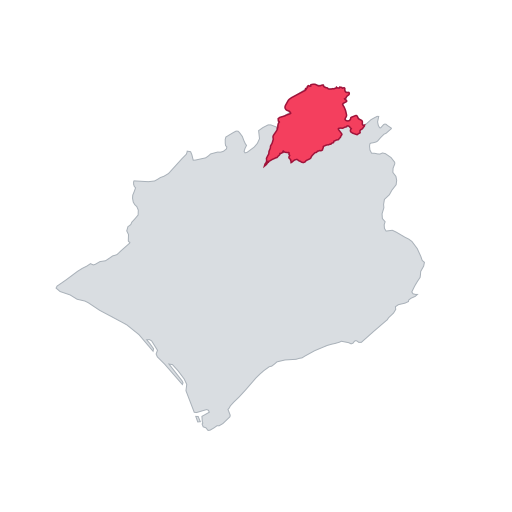 Denguélé highlighted on a map of Ivory Coast, rotated 56°
{"feature_id": "CIV-3437", "entity_name": "Denguélé", "entity_type": "Region", "adm_level": 1, "iso_a3": "CIV", "parent_name": "Ivory Coast", "parent_adm1": "", "projection": "equal_earth", "projection_center": [-7.217, 9.491], "detail": "fine", "context": "in_parent", "style": "filled", "palette": "rose", "viewbox_px": 512, "rotation_deg": 56, "n_neighbors": 0, "source": "natural_earth", "source_scale": "10m", "svg_char_len": 8590}
<svg xmlns="http://www.w3.org/2000/svg" viewBox="0 0 512 512"><g transform="rotate(56 256 256)"><path d="M151.9,104.5L153.2,104.5L156.5,103.2L159.4,100.3L162.2,94.2L166.0,89.3L170.2,89.7L171.5,88.8L172.9,88.6L174.7,91.8L176.5,94.3L177.8,94.3L178.7,99.0L186.4,100.9L189.7,102.2L192.5,105.6L193.5,105.7L194.6,104.9L195.5,103.8L195.7,102.5L194.5,99.4L195.1,96.7L196.3,94.2L198.3,94.1L201.3,93.4L204.7,93.4L207.3,93.8L208.3,91.4L207.3,84.5L207.6,80.7L208.0,77.5L208.9,76.2L212.8,80.2L216.2,81.6L218.8,81.8L219.5,81.0L218.4,76.6L218.7,75.3L219.6,74.5L221.2,74.1L225.7,72.3L226.1,72.6L227.0,79.6L226.6,81.8L227.5,86.5L228.7,90.9L228.6,92.7L227.7,95.4L226.6,97.8L226.7,98.9L228.5,100.5L231.9,102.3L235.4,102.7L237.3,100.1L239.4,98.1L240.8,96.2L241.3,93.5L243.5,91.5L249.9,89.0L255.8,88.6L257.2,89.4L259.8,93.2L263.2,95.8L268.3,95.5L272.0,97.1L275.3,100.0L277.4,106.5L279.8,111.2L280.9,117.9L284.6,121.4L287.5,123.0L291.5,127.9L295.6,130.3L299.8,129.8L301.8,132.3L305.0,134.1L308.1,134.2L310.9,128.6L314.6,126.4L323.8,122.0L327.5,119.9L331.2,118.6L340.1,118.2L348.5,119.6L352.6,120.7L355.4,119.9L358.1,122.6L360.9,128.1L363.2,129.9L365.5,131.9L367.3,136.3L369.3,140.6L370.4,142.6L372.9,146.9L375.1,147.0L377.2,145.1L378.1,143.7L378.5,146.6L377.7,151.2L377.9,154.0L379.0,155.1L378.4,158.8L376.0,165.1L376.0,168.8L378.4,170.0L380.2,173.9L381.3,180.6L382.3,182.9L382.4,184.3L384.3,200.6L386.5,217.0L385.1,219.1L383.2,219.7L382.0,220.5L381.7,222.0L382.5,224.3L382.0,226.3L379.6,227.7L374.4,232.9L374.1,235.0L372.7,239.4L371.6,242.1L369.9,247.2L367.3,260.4L366.3,271.5L366.2,274.8L365.1,277.2L364.0,280.6L358.4,290.1L355.5,297.8L355.9,301.1L356.1,304.5L355.2,306.9L355.4,313.5L356.1,318.9L357.1,324.3L361.2,339.5L363.4,348.7L364.7,356.1L365.9,361.1L367.0,363.1L367.5,365.0L373.5,366.4L374.7,367.5L376.4,377.2L376.1,381.6L374.9,383.2L375.0,386.9L374.7,391.5L373.8,393.3L370.4,393.6L368.1,395.3L365.1,394.6L364.8,393.5L363.2,393.1L358.7,390.5L359.4,382.1L357.3,381.7L355.7,382.8L352.5,392.9L351.0,394.6L328.5,389.4L323.7,385.2L317.8,384.3L307.6,384.8L299.3,386.0L296.9,388.6L318.0,387.1L320.3,387.4L321.4,388.9L294.6,392.2L284.4,394.2L281.4,393.6L279.1,390.4L268.0,390.0L265.7,391.1L264.3,393.5L268.7,393.0L275.6,392.8L277.4,394.6L255.8,397.0L240.9,401.6L234.5,404.9L213.6,416.0L200.9,421.2L197.6,423.1L191.8,428.5L184.3,431.9L175.9,438.3L170.8,439.7L169.7,437.7L169.6,426.9L168.9,412.5L169.1,407.0L169.8,401.8L169.8,397.5L172.4,395.9L173.0,394.1L173.4,388.5L175.8,383.4L175.8,374.6L176.5,372.7L177.1,370.4L176.1,364.5L174.7,353.6L174.1,352.9L173.5,353.3L172.2,353.5L166.9,349.7L162.9,349.1L160.1,345.8L159.9,342.2L158.5,340.0L157.5,335.7L156.1,330.8L152.1,327.9L148.4,327.2L145.7,327.8L142.6,327.6L139.0,326.0L136.6,324.1L134.2,320.5L132.1,317.7L130.3,318.0L128.2,317.4L126.2,316.1L125.5,315.1L134.2,303.7L137.1,298.1L137.4,294.7L137.5,291.3L138.4,287.8L138.7,282.4L133.9,262.9L132.7,256.9L131.4,255.1L130.6,254.4L133.0,251.9L136.3,252.6L141.5,254.5L142.6,252.6L146.5,242.8L146.4,239.1L146.0,236.6L148.3,229.9L150.1,227.3L151.0,224.5L150.7,220.6L149.3,219.2L147.5,219.5L145.4,218.5L142.1,216.3L140.5,214.4L141.0,205.5L141.3,202.7L142.5,201.1L144.3,200.7L149.3,200.5L153.4,201.5L157.0,202.1L159.0,202.0L160.5,204.7L162.6,207.4L164.4,207.4L165.1,205.3L164.7,196.6L163.4,191.9L160.7,187.5L153.5,183.7L153.4,178.3L154.1,172.6L155.6,170.4L160.9,166.7L160.0,164.8L158.3,162.7L155.0,160.5L155.7,153.6L155.9,147.5L153.1,148.2L150.1,148.5L147.7,146.6L145.6,142.9L145.2,132.6L145.3,120.7L144.9,115.4L145.7,112.6L148.2,110.0L150.9,106.7L151.9,104.5ZM362.2,394.8L361.0,397.1L355.3,395.6L356.7,393.7L362.2,394.8Z" fill="#d9dde1" stroke="#a8b0b8" stroke-width="1"/><path d="M145.2,121.7L144.9,121.1L145.0,120.8L145.3,120.6L145.2,120.3L145.1,119.3L145.0,119.0L144.7,118.9L144.3,118.8L144.2,118.3L144.0,117.7L144.1,117.2L145.0,116.8L145.5,116.2L145.7,115.6L145.1,115.4L144.7,114.7L145.2,113.3L146.1,111.7L146.9,110.8L149.0,109.7L150.0,109.0L150.8,107.5L151.0,106.7L151.2,105.9L151.5,105.2L152.0,104.6L152.8,105.0L153.6,105.0L154.5,104.6L155.3,104.1L156.1,103.3L156.5,102.9L157.6,102.7L158.0,102.5L158.4,102.2L158.8,101.7L159.8,100.0L160.0,99.5L160.1,98.9L160.4,98.6L160.7,98.3L161.0,97.9L161.1,97.1L161.6,95.9L161.0,94.9L161.9,94.7L162.8,93.9L163.3,93.0L162.8,92.1L163.2,91.9L163.4,91.8L163.4,91.4L164.0,90.8L164.3,90.6L164.8,90.7L165.2,90.6L165.4,90.0L165.6,89.2L165.8,88.8L166.7,88.6L168.3,89.8L169.3,90.0L169.7,89.9L170.4,89.9L170.8,89.7L171.2,89.3L172.2,87.6L172.8,87.5L173.3,87.7L173.7,88.0L174.1,88.5L174.3,89.2L174.3,89.9L174.3,90.5L174.3,91.0L174.5,91.6L175.2,93.2L175.3,93.8L175.2,94.3L175.2,94.7L175.8,94.7L176.2,94.6L177.3,94.0L178.3,94.1L178.6,95.0L178.3,97.3L178.3,98.7L178.7,99.4L179.4,99.6L182.1,99.7L185.4,100.4L189.6,102.0L190.4,102.5L191.1,103.6L191.7,104.9L192.5,105.8L193.5,105.8L194.5,105.3L195.4,104.4L195.9,103.2L195.8,101.8L195.4,101.1L194.9,100.6L194.4,100.1L194.3,99.4L195.3,94.8L195.8,94.1L196.8,93.9L199.2,94.3L200.0,94.1L202.6,92.6L203.5,92.5L204.4,92.8L206.0,94.1L207.0,94.3L207.9,93.8L208.3,93.1L208.3,92.9L208.9,93.5L209.6,95.6L209.9,96.2L210.0,97.1L210.1,97.6L209.9,98.3L209.9,98.7L210.0,99.0L210.1,99.4L210.4,99.9L210.7,100.1L212.0,100.7L212.1,101.0L211.9,102.3L211.9,103.0L212.0,104.0L212.0,104.3L211.8,104.5L211.7,104.6L208.2,107.2L206.5,107.9L206.0,108.0L205.8,108.0L205.4,107.9L205.1,107.8L204.6,107.5L204.1,106.9L203.7,105.8L202.1,106.2L201.5,106.1L200.4,106.4L199.6,106.9L199.1,107.7L199.4,108.2L199.5,108.5L199.4,109.0L199.3,109.4L198.9,110.2L198.8,110.8L198.7,111.5L198.7,111.9L198.6,112.4L198.5,112.8L197.6,113.9L197.2,114.4L196.5,115.9L196.4,116.2L196.4,116.4L196.7,116.7L196.9,116.8L197.2,116.9L202.6,116.6L202.9,116.7L203.1,116.7L203.3,116.9L203.5,117.1L203.6,117.4L204.0,118.5L204.2,118.8L204.3,119.1L204.5,119.2L204.7,119.4L204.8,119.7L204.9,120.0L205.2,121.5L205.3,121.7L205.5,122.2L205.6,122.5L205.6,122.8L205.3,123.4L205.1,123.7L204.9,124.1L204.8,124.6L204.7,125.7L204.5,126.7L204.4,127.2L204.6,127.5L205.0,127.9L205.2,128.1L205.3,128.3L205.3,128.6L205.2,129.0L205.0,129.5L204.9,129.9L204.9,130.5L205.0,130.8L205.1,131.1L205.2,131.3L205.1,131.6L204.8,131.9L204.7,132.2L204.5,132.6L204.5,133.3L204.4,133.7L203.7,134.8L203.6,135.1L203.3,136.1L202.8,138.9L203.6,139.5L203.9,139.8L204.3,140.5L204.8,141.2L205.1,141.4L205.2,141.5L205.3,141.9L205.2,142.4L205.1,143.2L204.9,143.5L204.7,143.8L204.3,144.0L204.2,144.2L204.1,144.6L204.0,145.2L203.9,145.6L203.8,145.8L203.7,146.0L203.5,146.4L203.6,146.8L203.8,147.4L203.9,147.9L203.8,148.3L203.4,149.1L203.4,149.8L203.6,150.9L204.1,153.3L204.7,154.8L204.9,155.0L205.0,155.2L205.3,155.7L205.4,155.8L205.5,156.4L205.5,157.4L205.0,160.6L205.0,161.4L205.3,162.2L205.4,162.7L205.4,163.0L205.0,164.6L203.5,165.9L202.4,166.2L202.0,166.5L201.5,167.0L201.0,167.2L199.3,167.8L198.8,168.0L198.6,168.4L198.5,168.8L198.4,169.2L198.1,169.7L198.0,170.2L198.0,170.5L198.0,171.4L198.3,174.0L198.2,174.3L198.2,174.7L197.9,174.6L197.6,174.2L197.3,174.1L197.1,174.0L196.6,174.0L196.3,173.9L196.0,173.8L195.9,173.6L195.6,173.5L195.3,173.4L194.1,173.7L193.4,173.8L193.2,173.8L192.9,173.7L192.7,173.6L192.3,173.3L192.2,173.1L191.7,172.2L191.6,171.9L191.4,171.8L191.1,171.8L190.4,171.8L190.1,171.8L189.9,171.7L189.7,171.4L189.5,171.2L189.3,171.1L188.9,170.9L188.7,171.0L188.3,171.2L188.3,171.4L188.2,171.6L187.8,172.2L187.3,172.7L186.6,173.5L186.0,174.1L184.9,174.5L184.3,174.6L184.2,174.9L184.3,175.2L184.5,175.3L184.8,175.3L185.2,175.5L185.3,175.8L185.0,176.5L185.0,177.2L184.9,177.8L184.7,178.4L184.4,178.9L185.0,179.2L185.3,179.9L185.5,180.8L185.6,181.8L185.7,182.1L186.0,183.1L186.1,183.6L186.0,184.0L185.6,184.5L185.6,185.0L185.5,186.0L185.0,188.7L184.9,190.9L184.8,192.0L184.4,193.1L185.0,193.1L185.3,193.3L185.2,193.6L184.7,193.8L185.2,194.4L185.7,195.5L186.0,196.7L186.2,198.8L184.8,197.1L184.5,196.3L184.3,195.7L184.2,195.4L184.0,195.0L183.6,194.6L182.5,193.6L182.2,193.4L181.7,193.2L181.3,193.0L180.9,192.7L180.4,191.9L179.2,189.8L178.8,188.8L178.6,188.5L178.3,188.2L177.4,187.4L176.9,187.0L176.5,186.7L174.6,183.8L173.1,182.6L172.9,182.4L172.8,182.2L171.6,179.7L171.3,179.3L168.8,176.3L167.4,175.7L166.6,175.2L166.3,174.9L166.0,174.5L165.7,174.0L163.8,169.2L162.7,167.2L162.2,167.1L162.3,167.0L161.7,166.1L160.0,164.8L159.0,163.8L158.5,163.2L158.0,161.7L157.6,161.6L157.2,161.8L156.6,162.0L154.5,160.8L154.4,158.7L156.0,153.7L156.1,152.4L157.2,147.8L157.0,147.3L155.2,147.3L154.3,147.6L152.7,148.8L151.8,149.2L151.1,149.3L150.1,149.3L149.2,149.0L148.5,148.5L147.7,147.5L145.3,142.8L144.9,141.9L144.7,140.9L144.6,139.5L144.6,138.3L144.6,137.8L146.2,122.8L146.0,121.6L145.2,121.7Z" fill="#f43f5e" stroke="#9f1239" stroke-width="1.5"/></g></svg>